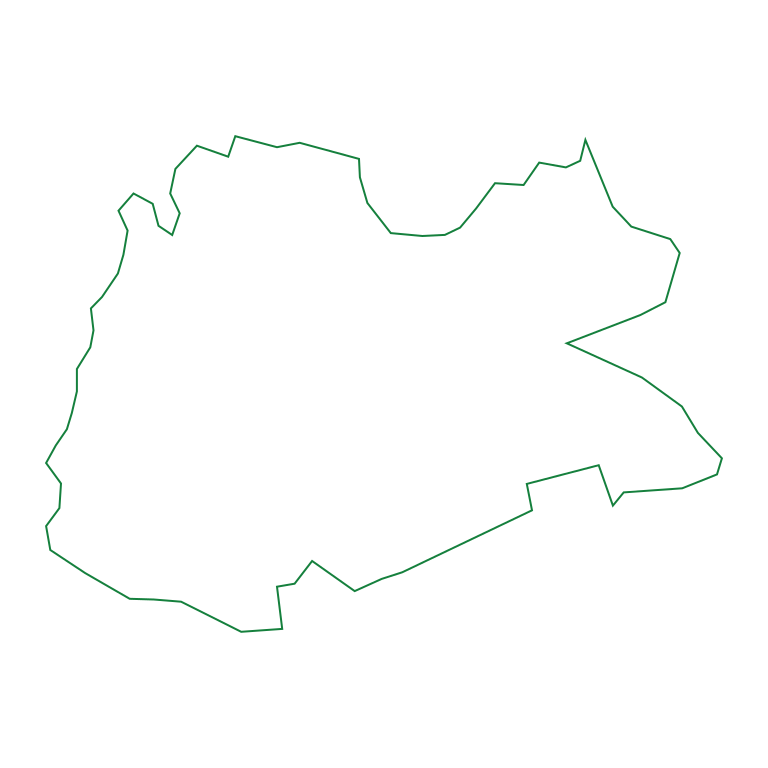 the district of Cerro Grande, Rio Grande do Sul, Brazil
{"feature_id": "56859067B54917241472835", "entity_name": "Cerro Grande", "entity_type": "district", "adm_level": 2, "iso_a3": "BRA", "parent_name": "Brazil", "parent_adm1": "Rio Grande do Sul", "projection": "orthographic", "projection_center": [-53.164, -27.629], "detail": "fine", "context": "isolated", "style": "outline", "palette": "green", "viewbox_px": 768, "rotation_deg": 0, "n_neighbors": 0, "source": "geoboundaries", "source_scale": "gbopen_adm2", "svg_char_len": 1013}
<svg xmlns="http://www.w3.org/2000/svg" viewBox="0 0 768 768"><path d="M585.4,139.9L580.2,160.8L565.9,167.4L539.2,162.6L523.6,185.0L495.0,183.2L476.1,208.5L460.1,227.6L444.9,234.9L422.4,236.0L390.8,233.1L367.4,203.0L359.9,177.3L359.0,158.9L299.7,142.8L277.0,147.2L235.3,136.2L228.2,156.7L196.9,145.7L175.4,168.9L170.2,193.5L179.7,213.3L172.2,235.0L158.5,225.8L152.7,203.8L133.5,193.5L118.5,210.7L127.6,230.6L123.4,254.8L117.9,273.5L102.0,297.0L90.9,308.4L93.5,330.4L90.3,347.3L76.9,369.0L76.9,391.4L71.8,413.1L66.9,429.2L55.8,445.4L46.1,463.0L61.0,483.5L59.4,508.1L46.1,526.1L50.3,550.0L85.2,573.1L129.7,598.8L153.8,599.5L181.1,601.7L241.2,631.8L282.2,628.9L277.0,586.7L294.6,583.7L312.1,561.0L354.7,591.1L381.7,578.9L402.2,572.3L532.0,510.3L526.8,483.9L598.7,465.2L612.9,505.6L623.7,492.4L682.2,488.3L717.0,474.4L721.9,458.3L697.9,432.9L681.9,406.5L641.9,377.5L566.8,343.3L640.4,315.0L665.4,302.2L679.7,253.0L670.3,239.1L631.3,226.6L612.7,206.7L585.4,139.9Z" fill="none" stroke="#15803d" stroke-width="2"/></svg>